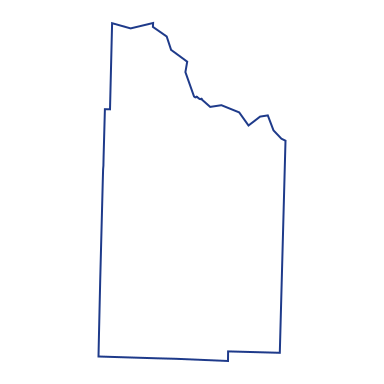 Nevada, Arkansas, United States of America (Equal Earth projection)
{"feature_id": "52423323B31821089885349", "entity_name": "Nevada", "entity_type": "district", "adm_level": 2, "iso_a3": "USA", "parent_name": "United States of America", "parent_adm1": "Arkansas", "projection": "equal_earth", "projection_center": [-93.306, 33.699], "detail": "fine", "context": "isolated", "style": "outline", "palette": "blue", "viewbox_px": 384, "rotation_deg": 0, "n_neighbors": 0, "source": "geoboundaries", "source_scale": "gbopen_adm2", "svg_char_len": 775}
<svg xmlns="http://www.w3.org/2000/svg" viewBox="0 0 384 384"><path d="M98.9,337.6L98.5,356.5L156.8,358.3L176.0,358.8L228.0,361.0L228.1,351.4L279.8,352.8L285.5,140.7L281.4,138.7L273.5,130.4L267.8,115.4L260.1,116.6L248.5,125.5L239.2,112.4L221.4,105.2L210.2,106.9L201.8,99.5L201.9,99.4L201.8,98.9L201.7,98.8L201.5,98.7L201.2,98.8L200.7,99.1L200.3,99.1L199.8,99.0L199.4,98.9L199.2,98.7L198.3,97.9L197.7,97.6L197.5,97.4L197.2,96.9L196.9,96.8L196.6,96.7L196.5,96.8L196.2,97.0L195.9,97.1L195.8,97.3L195.6,97.4L195.0,97.2L194.5,96.9L194.0,96.4L185.4,72.1L187.2,61.7L171.1,49.9L166.7,36.5L152.9,26.9L153.1,23.0L130.6,28.4L112.1,23.2L110.0,109.3L104.9,109.2L103.6,156.5L103.4,165.8L103.1,169.4L102.8,180.1L100.2,280.5L98.9,337.6Z" fill="none" stroke="#1e3a8a" stroke-width="2"/></svg>